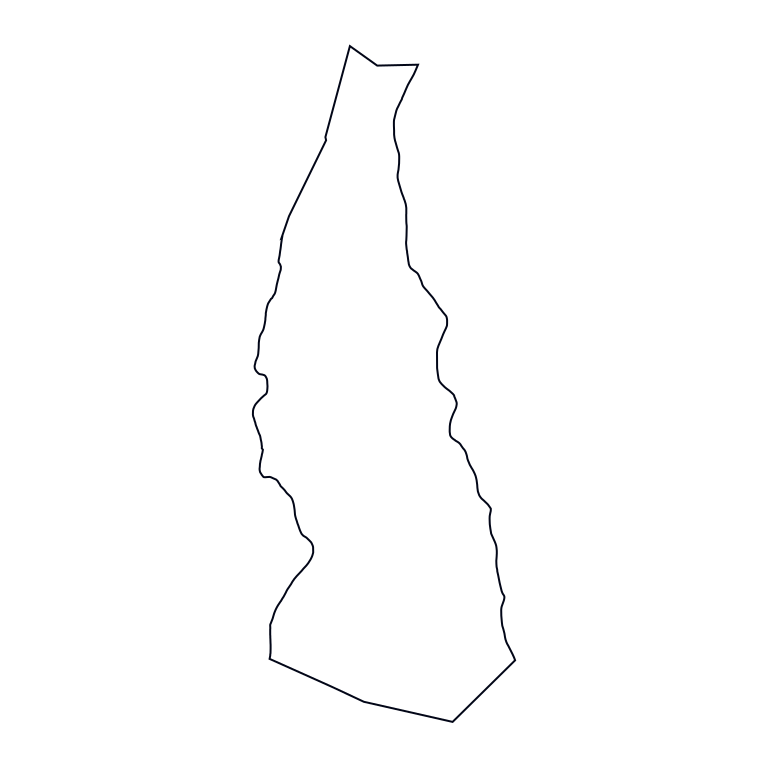 Belle Vue, Choiseul, Saint Lucia
{"feature_id": "8701671B26801747706600", "entity_name": "Belle Vue", "entity_type": "district", "adm_level": 2, "iso_a3": "LCA", "parent_name": "Saint Lucia", "parent_adm1": "Choiseul", "projection": "equal_earth", "projection_center": [-61.036, 13.806], "detail": "fine", "context": "isolated", "style": "outline", "palette": "ink", "viewbox_px": 768, "rotation_deg": 0, "n_neighbors": 0, "source": "geoboundaries", "source_scale": "gbopen_adm2", "svg_char_len": 6114}
<svg xmlns="http://www.w3.org/2000/svg" viewBox="0 0 768 768"><path d="M377.2,65.6L349.9,46.1L325.4,137.1L326.1,140.3L289.0,216.2L281.5,238.0L282.1,237.6L281.8,239.3L281.4,242.1L281.1,244.1L280.9,246.1L280.5,249.2L280.2,250.9L279.6,255.5L279.0,258.5L278.7,259.9L278.6,261.0L278.6,261.9L278.8,262.6L279.8,263.9L280.2,264.7L280.9,266.7L280.8,268.9L280.7,269.9L279.7,272.9L279.2,274.6L278.4,278.3L277.7,280.9L276.8,284.6L275.7,290.6L275.1,292.8L274.5,294.1L273.3,295.8L272.1,298.1L271.0,298.9L268.9,302.2L268.4,303.0L268.0,303.8L267.5,305.3L267.1,306.7L266.5,309.3L266.0,312.1L265.8,313.1L265.8,314.9L265.4,318.4L265.4,319.3L265.2,321.1L265.0,322.0L264.8,323.5L264.0,327.2L263.5,329.1L263.0,330.4L262.1,332.1L260.9,334.1L260.2,335.6L259.7,336.9L259.4,338.6L259.2,339.6L258.8,342.8L258.7,348.0L258.2,354.0L257.8,356.0L257.1,357.8L255.6,361.4L255.2,363.5L254.8,365.0L254.6,366.1L254.7,367.2L254.8,368.3L255.2,369.2L255.5,369.9L256.4,371.3L257.8,372.8L258.6,373.5L259.3,374.0L260.0,374.2L262.5,374.6L263.7,375.0L264.4,375.2L264.8,375.5L265.4,376.1L265.9,376.9L266.7,378.5L266.9,379.1L267.2,380.9L267.3,383.5L267.5,386.2L267.4,388.2L267.2,390.6L267.0,391.7L266.8,392.5L266.3,393.6L265.9,394.1L264.1,395.5L261.0,398.3L257.0,402.6L256.0,403.8L255.5,404.4L254.8,405.6L254.5,406.2L253.4,408.9L253.2,409.9L253.0,410.8L252.9,414.8L253.1,415.7L253.2,416.5L254.0,418.5L254.7,421.1L255.2,422.4L255.7,424.6L256.2,426.1L256.5,426.7L257.1,428.5L258.0,430.7L258.5,432.2L259.0,433.5L260.0,435.6L260.2,436.3L260.4,437.4L260.6,438.3L260.7,439.1L261.4,442.2L261.6,443.7L261.7,445.2L261.9,446.1L261.8,448.3L262.9,449.7L262.4,452.7L261.9,454.5L261.7,455.9L261.5,456.7L260.9,459.3L260.5,460.7L260.2,462.7L260.0,463.7L259.8,466.9L259.6,468.5L259.6,469.4L259.7,470.3L259.8,470.9L260.0,471.6L260.2,472.4L261.1,473.7L261.5,474.5L262.9,476.3L263.2,476.7L263.8,477.1L264.6,477.2L266.0,477.2L266.5,477.1L269.7,476.9L271.1,477.3L273.2,478.3L276.0,479.5L276.6,480.0L277.7,481.1L278.2,482.0L279.9,484.6L280.4,485.8L280.9,486.4L282.9,488.3L284.3,489.8L284.9,490.5L285.8,491.8L286.9,493.2L290.3,496.4L291.1,497.4L291.6,498.2L292.0,498.9L292.9,501.3L293.7,504.2L294.1,506.5L294.6,509.9L295.0,514.7L295.3,516.2L296.0,518.8L296.8,521.1L297.5,523.5L298.3,525.5L299.0,527.7L300.1,530.7L300.7,532.0L301.1,532.9L301.7,534.0L303.0,535.4L303.4,535.8L306.4,537.6L309.3,540.4L311.2,542.4L311.9,543.8L312.7,545.6L313.1,547.1L313.2,552.3L313.1,552.9L312.4,555.4L312.1,556.2L311.6,557.4L310.6,559.4L308.2,563.2L306.3,565.6L303.4,568.7L301.6,570.9L296.7,576.1L294.1,579.2L293.7,579.9L293.3,580.4L292.4,581.7L291.0,584.2L287.5,589.3L286.6,590.9L285.7,592.8L283.6,596.7L282.4,598.5L280.9,601.1L280.4,601.7L280.0,602.3L278.0,605.3L276.8,607.4L275.7,609.6L274.7,612.0L274.1,613.6L272.6,618.7L270.8,623.3L270.5,623.9L270.2,624.9L270.2,625.8L270.3,628.3L270.2,629.2L270.2,634.9L270.3,635.9L270.3,637.5L270.4,639.3L270.5,643.0L270.6,645.0L270.6,648.7L270.5,653.2L270.3,654.1L270.2,655.8L269.6,658.9L331.4,686.6L363.9,701.8L452.6,721.9L515.1,660.3L514.8,659.5L514.1,657.6L512.5,654.1L508.2,645.6L507.9,645.1L507.2,643.9L506.4,642.1L505.5,639.4L505.0,637.1L504.7,635.1L504.4,633.3L503.3,629.0L502.4,626.1L502.2,625.2L502.1,624.2L502.0,623.4L501.9,622.6L501.7,620.4L501.3,615.7L501.2,609.9L501.3,608.8L501.4,607.9L501.7,606.5L503.8,600.6L504.2,599.0L504.4,597.5L504.3,596.3L503.9,595.4L502.8,593.8L502.4,593.0L501.9,591.7L501.6,590.9L500.3,585.6L499.6,582.6L498.2,575.4L497.3,571.4L497.2,569.7L496.6,566.9L496.4,564.0L496.3,560.8L496.5,558.5L496.7,555.8L496.7,554.8L496.8,554.1L496.8,550.8L496.5,547.7L496.2,545.8L495.7,544.1L494.9,542.0L491.4,534.2L491.1,533.4L491.0,532.5L490.9,531.9L490.3,528.3L489.8,524.3L489.7,522.0L489.6,518.6L489.7,516.1L490.2,513.4L490.7,511.2L490.8,510.2L490.8,508.6L489.5,506.7L487.9,504.5L486.8,503.4L485.0,501.7L484.0,500.7L481.7,498.7L480.6,497.4L479.6,495.9L479.2,495.2L477.9,491.5L477.4,487.8L477.2,484.8L476.6,480.2L476.1,477.9L475.6,476.0L474.7,473.7L473.4,471.0L472.7,469.7L471.8,468.3L469.8,464.8L468.7,462.1L468.2,461.0L467.4,458.7L466.9,455.9L466.4,454.2L465.7,452.2L465.4,451.5L464.4,449.8L463.8,449.1L463.2,448.5L461.3,445.8L460.4,444.3L459.8,443.7L459.3,443.1L457.8,442.0L455.4,440.6L454.7,439.9L453.8,439.4L452.4,438.3L451.3,437.2L450.9,436.6L450.4,435.8L450.1,435.0L450.0,434.0L449.7,431.9L449.7,429.6L449.8,426.2L450.1,423.6L450.9,420.1L452.0,417.0L453.2,413.9L455.7,408.6L456.2,407.0L456.4,406.1L456.7,404.2L456.7,403.1L456.5,402.1L455.1,398.3L454.3,396.5L454.1,395.4L453.4,394.5L452.9,393.9L449.5,390.8L446.4,388.5L444.6,387.0L441.6,384.0L439.9,381.9L439.5,381.2L438.8,379.5L438.5,378.5L437.8,373.8L437.2,369.0L437.1,368.0L437.0,352.4L437.3,349.5L437.5,348.6L438.5,345.6L439.2,344.0L439.6,343.0L441.4,338.8L443.1,334.4L444.5,331.3L445.7,328.8L446.1,327.9L446.8,326.1L447.0,325.3L447.1,323.4L447.1,320.2L447.0,319.1L446.6,317.2L446.3,316.4L445.8,315.6L443.1,312.4L441.5,310.3L440.6,309.1L439.6,308.1L438.7,307.0L438.0,305.7L436.1,302.7L434.7,300.3L432.8,297.6L431.7,296.3L429.2,293.4L427.5,291.3L424.5,288.0L423.3,286.5L422.9,285.8L422.4,284.8L422.2,284.2L421.8,282.8L421.3,281.2L420.1,278.6L419.0,275.9L418.3,274.6L417.9,273.9L417.5,273.4L416.7,272.6L414.2,270.8L413.8,270.6L412.5,269.5L411.0,268.4L410.1,267.1L409.4,265.8L408.9,264.4L408.7,263.3L408.6,262.4L408.3,261.0L407.8,256.9L407.1,252.4L407.1,251.5L406.7,249.5L406.6,248.7L406.5,247.7L406.1,243.7L406.1,241.9L406.3,240.2L406.5,236.0L406.7,227.6L406.7,226.0L406.4,223.3L406.3,221.4L406.2,214.7L406.3,213.8L406.3,208.8L406.3,208.0L406.0,205.8L405.7,204.0L404.5,200.1L403.9,198.8L403.7,197.9L402.1,193.8L401.4,191.8L398.2,180.9L397.7,178.3L397.6,177.5L397.6,174.8L397.9,172.7L398.5,169.6L399.1,163.3L399.2,158.5L399.2,156.5L399.1,154.8L398.8,153.0L398.2,151.3L397.1,147.8L395.5,142.1L395.1,140.9L394.5,138.0L394.2,135.5L394.1,134.5L394.1,130.6L393.9,125.6L393.9,121.9L394.0,120.5L394.1,119.6L394.5,118.1L394.9,116.4L396.3,110.8L396.5,110.2L397.2,108.4L398.1,106.7L399.3,104.2L399.8,103.1L401.1,100.6L401.8,99.4L402.2,97.8L404.1,93.7L405.9,89.4L407.9,84.9L410.0,81.1L411.8,78.0L413.8,74.4L415.6,70.4L418.0,64.7L377.2,65.6Z" fill="none" stroke="#020617" stroke-width="2"/></svg>